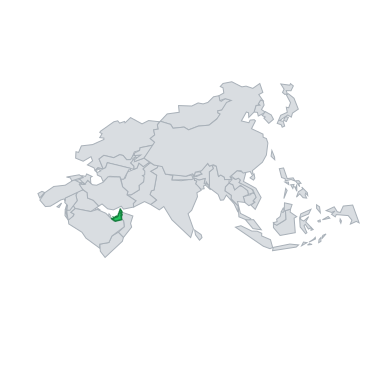 United Arab Emirates on a map of Asia (Robinson projection), rotated 338°
{"feature_id": "ARE", "entity_name": "United Arab Emirates", "entity_type": "country or territory", "adm_level": 0, "iso_a3": "ARE", "parent_name": "Asia", "parent_adm1": "", "projection": "robinson", "projection_center": [54.388, 24.345], "detail": "fine", "context": "in_parent", "style": "filled", "palette": "green", "viewbox_px": 384, "rotation_deg": 338, "n_neighbors": 45, "source": "natural_earth", "source_scale": "50m", "svg_char_len": 14568}
<svg xmlns="http://www.w3.org/2000/svg" viewBox="0 0 384 384"><g transform="rotate(338 192 192)"><path d="M188.2,114.7L185.0,116.8L184.3,121.0L179.7,120.0L178.8,125.1L173.3,126.8L176.0,131.8L174.8,134.2L160.5,131.5L159.0,133.8L153.6,133.2L148.1,139.0L143.5,137.6L141.8,132.3L138.9,130.3L132.3,130.9L124.0,125.0L118.2,126.6L118.3,137.2L113.9,134.3L110.2,135.8L110.2,132.9L105.2,127.7L111.5,125.9L111.6,121.4L102.6,122.7L96.8,117.0L99.5,111.2L101.7,112.8L106.7,107.8L117.6,110.8L130.0,110.3L130.5,109.0L126.8,107.0L130.5,104.2L128.8,102.3L129.8,101.4L145.9,97.6L149.8,98.2L150.7,101.0L155.8,101.3L155.8,102.8L162.9,100.0L171.2,110.1L178.5,109.5L188.2,114.7Z" fill="#d9dde1" stroke="#a8b0b8" stroke-width="1"/><path d="M118.3,137.2L118.2,126.6L124.0,125.0L132.3,130.9L138.9,130.3L141.8,132.3L143.5,137.6L147.2,139.0L153.2,134.4L152.1,136.6L158.4,138.5L155.6,140.5L152.8,140.3L152.8,138.2L149.7,138.8L148.1,142.3L146.1,142.1L147.9,146.3L146.7,149.2L124.5,133.1L121.0,137.1L118.3,137.2Z" fill="#d9dde1" stroke="#a8b0b8" stroke-width="1"/><path d="M336.1,264.3L335.4,283.2L333.3,280.8L326.8,281.1L329.7,278.0L328.0,272.4L317.3,267.0L315.5,268.7L313.0,264.9L317.4,263.2L313.7,263.2L309.4,259.5L318.3,259.0L319.3,264.8L321.9,266.5L327.0,261.7L336.1,264.3ZM294.5,282.5L293.0,286.1L290.5,286.4L292.0,283.7L294.5,282.5ZM318.3,276.7L318.2,274.5L319.3,272.5L319.7,274.8L318.3,276.7ZM276.9,244.8L275.5,247.4L279.9,254.1L276.9,254.5L272.5,268.4L257.4,265.3L254.2,255.5L256.0,250.9L258.2,254.5L266.6,253.2L268.7,252.6L271.7,244.3L276.9,244.8ZM302.5,266.6L309.1,265.7L310.0,267.9L302.5,266.6ZM299.9,267.7L298.1,267.2L297.7,266.0L300.3,265.8L299.9,267.7ZM302.7,250.5L304.7,253.5L303.2,259.4L301.4,253.8L302.7,250.5ZM284.7,253.0L295.8,252.6L291.9,256.1L283.0,256.1L282.6,258.3L284.8,260.8L291.0,258.5L286.3,262.3L290.3,272.2L288.0,272.1L289.2,269.7L286.1,270.0L284.9,264.4L283.2,265.2L283.3,272.8L281.7,273.2L279.2,264.9L282.1,256.3L284.7,253.0ZM283.7,285.6L279.2,284.4L281.6,283.9L283.7,285.6ZM281.7,282.3L287.0,281.3L289.3,280.2L288.9,281.8L281.7,282.3ZM276.6,280.2L279.6,282.0L273.5,282.9L276.6,280.2ZM246.6,273.8L263.2,276.9L271.0,281.0L268.0,282.1L244.7,276.6L246.6,273.8ZM240.1,258.8L246.9,265.6L246.0,273.7L243.1,273.8L237.8,269.0L219.1,240.9L224.7,241.6L232.9,250.7L237.7,252.7L241.2,256.4L240.1,258.8Z" fill="#d9dde1" stroke="#a8b0b8" stroke-width="1"/><path d="M294.8,284.0L297.1,281.2L300.6,281.1L294.8,284.0Z" fill="#d9dde1" stroke="#a8b0b8" stroke-width="1"/><path d="M69.6,160.4L67.3,164.4L66.7,171.3L65.4,166.3L67.8,160.9L69.6,160.4Z" fill="#d9dde1" stroke="#a8b0b8" stroke-width="1"/><path d="M71.6,157.7L67.8,160.9L71.3,156.5L71.6,157.7Z" fill="#d9dde1" stroke="#a8b0b8" stroke-width="1"/><path d="M68.7,162.9L67.1,165.9L67.9,162.5L68.7,162.9Z" fill="#d9dde1" stroke="#a8b0b8" stroke-width="1"/><path d="M68.7,162.9L76.8,160.1L77.6,163.6L72.1,165.5L74.4,168.4L69.5,172.2L66.7,171.3L68.7,162.9Z" fill="#d9dde1" stroke="#a8b0b8" stroke-width="1"/><path d="M105.7,185.0L105.6,182.9L106.9,181.1L107.7,183.7L105.7,185.0Z" fill="#d9dde1" stroke="#a8b0b8" stroke-width="1"/><path d="M97.2,169.7L99.9,174.0L95.4,172.5L97.2,169.7Z" fill="#d9dde1" stroke="#a8b0b8" stroke-width="1"/><path d="M77.6,163.6L76.8,160.1L82.3,157.0L83.2,151.4L86.9,148.5L91.7,149.1L94.6,153.4L92.9,158.4L97.4,162.7L100.3,170.1L90.8,172.2L77.6,163.6Z" fill="#d9dde1" stroke="#a8b0b8" stroke-width="1"/><path d="M116.7,191.0L119.6,184.6L128.2,192.1L123.3,198.1L122.9,201.9L111.4,208.5L108.6,201.7L116.2,198.8L117.8,193.0L116.7,191.0ZM119.8,180.5L118.8,181.3L119.5,180.3L119.8,180.5Z" fill="#d9dde1" stroke="#a8b0b8" stroke-width="1"/><path d="M237.1,221.5L237.8,215.5L245.6,216.5L246.7,214.5L249.7,217.5L249.5,221.0L245.4,223.2L246.6,225.0L239.6,226.0L237.1,221.5Z" fill="#d9dde1" stroke="#a8b0b8" stroke-width="1"/><path d="M243.5,215.4L237.8,215.5L237.1,221.5L230.6,217.9L228.9,230.0L236.5,238.7L234.1,240.3L226.2,232.6L229.5,222.3L225.6,212.9L227.2,209.9L222.9,203.3L224.9,199.7L229.5,197.6L232.6,200.4L232.4,206.0L237.6,203.7L241.6,206.3L244.2,211.6L243.5,215.4Z" fill="#d9dde1" stroke="#a8b0b8" stroke-width="1"/><path d="M249.0,215.6L243.5,215.4L244.2,211.6L239.5,203.9L232.4,206.0L232.6,200.4L229.5,197.6L233.5,195.4L232.9,192.1L237.1,196.6L240.2,196.6L241.4,199.1L239.2,200.9L248.5,210.7L249.0,215.6Z" fill="#d9dde1" stroke="#a8b0b8" stroke-width="1"/><path d="M229.5,197.6L224.9,199.7L222.9,203.3L227.2,209.9L225.6,212.9L229.5,222.3L227.1,228.0L226.6,218.7L222.7,207.7L218.3,211.2L215.3,210.3L215.3,204.0L209.6,194.5L215.6,179.8L220.5,178.3L220.6,174.9L224.2,177.1L222.4,187.5L225.0,187.0L227.5,190.3L226.9,192.7L231.7,193.5L229.5,197.6Z" fill="#d9dde1" stroke="#a8b0b8" stroke-width="1"/><path d="M241.8,226.4L246.6,225.0L245.4,223.2L249.5,221.0L249.3,212.7L239.2,200.9L241.4,199.1L240.2,196.6L237.1,196.6L234.2,191.7L241.8,189.1L249.1,194.3L243.7,201.5L252.6,212.5L254.0,223.0L244.1,231.8L241.8,226.4Z" fill="#d9dde1" stroke="#a8b0b8" stroke-width="1"/><path d="M292.1,134.1L291.4,138.4L287.3,141.6L290.0,145.6L281.9,146.4L282.5,142.7L279.5,141.1L280.8,139.3L283.8,135.7L287.3,136.7L286.4,135.2L290.0,132.4L292.1,134.1Z" fill="#d9dde1" stroke="#a8b0b8" stroke-width="1"/><path d="M285.7,147.4L290.1,144.9L294.3,150.2L294.8,155.1L288.9,157.1L286.3,150.4L288.0,149.9L285.7,147.4Z" fill="#d9dde1" stroke="#a8b0b8" stroke-width="1"/><path d="M189.1,114.5L198.2,110.3L210.0,113.3L211.9,106.8L224.0,112.2L231.0,111.7L235.3,114.5L240.3,114.9L247.6,111.8L253.1,112.8L252.9,118.9L257.8,117.9L262.6,120.8L250.2,127.2L246.4,126.3L245.6,128.2L247.3,130.2L244.6,132.7L232.8,136.4L222.6,133.3L212.1,133.1L208.9,128.8L198.3,125.8L197.5,121.3L189.1,114.5Z" fill="#d9dde1" stroke="#a8b0b8" stroke-width="1"/><path d="M220.6,174.9L220.5,178.3L215.6,179.8L210.5,192.9L208.9,188.3L207.9,190.2L206.4,188.7L209.2,184.4L203.0,183.6L199.4,180.1L198.7,182.1L200.6,183.6L198.6,185.8L200.2,186.6L201.1,193.9L196.3,194.5L195.3,198.4L184.9,208.8L180.2,210.7L179.5,226.7L173.7,233.7L163.0,210.4L160.4,194.9L155.0,196.3L149.0,188.1L156.1,186.2L152.1,178.7L154.7,175.7L157.6,175.9L165.5,163.3L161.4,157.3L168.9,156.4L171.1,153.9L173.9,157.3L174.1,165.5L180.2,169.3L178.0,173.3L186.2,177.5L198.1,180.2L199.4,175.4L199.9,178.3L202.2,179.4L207.9,179.0L206.8,176.3L217.3,171.4L217.9,174.5L220.6,174.9Z" fill="#d9dde1" stroke="#a8b0b8" stroke-width="1"/><path d="M208.9,188.3L210.0,196.9L207.2,190.8L204.9,190.7L204.5,193.5L201.4,192.9L198.6,185.8L200.6,183.6L198.7,182.1L199.4,180.1L203.0,183.6L209.2,184.4L206.4,188.7L207.9,190.2L208.9,188.3Z" fill="#d9dde1" stroke="#a8b0b8" stroke-width="1"/><path d="M206.8,176.3L207.9,179.0L199.9,178.3L202.5,174.8L206.8,176.3Z" fill="#d9dde1" stroke="#a8b0b8" stroke-width="1"/><path d="M198.0,176.0L198.1,180.2L196.1,180.3L178.0,173.3L181.2,168.6L192.2,175.1L198.0,176.0Z" fill="#d9dde1" stroke="#a8b0b8" stroke-width="1"/><path d="M171.1,153.9L168.9,156.4L161.4,157.3L165.5,163.3L157.6,175.9L154.7,175.7L152.1,178.7L156.1,186.2L149.0,188.1L144.4,183.1L132.3,184.1L133.2,180.7L136.7,179.2L130.6,170.3L134.7,171.8L144.0,170.2L145.3,166.1L151.0,164.3L156.4,151.0L164.2,149.2L167.0,152.8L171.1,153.9Z" fill="#d9dde1" stroke="#a8b0b8" stroke-width="1"/><path d="M139.4,149.3L150.0,149.2L153.6,145.3L156.4,150.3L159.6,148.2L164.2,149.2L155.1,152.3L156.1,154.9L154.6,158.3L152.2,158.2L153.3,160.1L151.0,164.3L145.3,166.1L144.0,170.2L134.7,171.8L130.6,170.3L132.7,167.7L129.6,161.2L131.0,153.5L135.3,154.2L139.4,149.3Z" fill="#d9dde1" stroke="#a8b0b8" stroke-width="1"/><path d="M146.7,149.2L147.9,146.3L146.1,142.1L152.8,138.2L153.8,140.2L150.3,142.3L160.2,142.6L163.8,148.4L156.4,150.3L153.6,145.3L150.0,149.2L146.7,149.2Z" fill="#d9dde1" stroke="#a8b0b8" stroke-width="1"/><path d="M153.2,134.4L159.0,133.8L160.5,131.5L174.8,134.2L160.2,142.6L150.3,142.3L150.4,140.6L158.4,138.5L152.1,136.6L153.2,134.4Z" fill="#d9dde1" stroke="#a8b0b8" stroke-width="1"/><path d="M110.2,135.8L113.9,134.3L117.1,137.3L121.0,137.1L124.5,133.1L143.6,146.8L143.6,148.5L141.7,147.7L133.5,154.6L131.0,153.5L130.8,151.1L121.6,146.6L113.5,149.0L113.4,144.0L110.6,140.8L111.2,138.4L115.4,138.2L113.1,134.9L110.9,137.7L110.2,135.8Z" fill="#d9dde1" stroke="#a8b0b8" stroke-width="1"/><path d="M100.3,170.1L97.4,162.7L92.9,158.4L94.6,153.4L90.4,146.8L90.3,142.6L95.1,144.6L99.7,142.1L102.3,147.9L106.1,150.0L113.3,149.7L119.9,146.4L130.8,151.1L129.6,161.2L132.7,167.7L130.6,170.3L136.7,179.2L133.2,180.7L132.3,184.1L122.1,182.2L121.0,178.6L112.4,179.1L107.5,176.0L104.1,169.4L100.3,170.1Z" fill="#d9dde1" stroke="#a8b0b8" stroke-width="1"/><path d="M69.2,162.0L71.6,157.7L70.1,154.2L72.4,150.1L85.9,148.9L83.2,151.4L82.3,157.0L71.9,163.2L69.2,162.0Z" fill="#d9dde1" stroke="#a8b0b8" stroke-width="1"/><path d="M95.9,144.5L89.3,140.2L89.3,137.8L93.9,138.6L95.9,144.5Z" fill="#d9dde1" stroke="#a8b0b8" stroke-width="1"/><path d="M91.7,149.1L72.4,150.1L70.8,153.0L71.0,150.6L67.5,150.2L55.4,152.1L50.6,150.6L47.9,142.5L55.7,137.4L65.9,135.1L77.0,138.2L87.1,136.4L92.0,141.8L90.3,142.6L91.7,149.1ZM48.6,135.7L53.1,135.2L55.2,137.2L48.6,140.5L48.6,135.7Z" fill="#d9dde1" stroke="#a8b0b8" stroke-width="1"/><path d="M184.5,235.0L184.2,238.0L180.9,239.5L179.2,233.0L180.2,228.3L184.5,235.0Z" fill="#d9dde1" stroke="#a8b0b8" stroke-width="1"/><path d="M253.5,204.0L251.1,200.6L256.3,198.6L255.5,202.6L253.5,204.0ZM160.2,142.6L176.0,131.8L173.3,126.8L178.8,125.1L179.7,120.0L184.3,121.0L185.0,116.8L189.1,114.5L197.5,121.3L198.3,125.8L208.9,128.8L212.1,133.1L222.6,133.3L232.8,136.4L242.2,133.7L247.3,130.2L245.6,128.2L246.4,126.3L250.2,127.2L257.6,121.9L262.7,121.8L257.8,117.9L252.0,117.7L253.1,112.8L258.6,112.1L259.8,107.0L257.7,104.8L261.4,103.0L270.2,104.7L277.6,113.2L281.8,114.1L287.2,118.7L295.5,116.8L295.0,126.2L290.4,126.7L292.1,134.1L290.0,132.4L286.4,135.2L287.3,136.7L283.8,135.7L279.5,141.1L272.6,144.1L274.1,139.7L272.4,138.2L264.4,144.6L270.7,149.1L272.8,147.1L276.8,148.3L277.5,149.8L270.9,155.6L279.5,164.9L278.5,167.9L281.0,170.3L280.7,175.0L274.8,185.6L268.4,190.8L256.0,194.8L255.4,197.8L254.0,198.0L253.7,194.8L246.5,193.6L245.5,190.7L241.8,189.1L232.9,192.1L233.5,195.4L226.9,192.7L227.5,190.3L225.0,187.0L222.4,187.5L224.2,177.1L222.0,174.7L217.9,174.5L217.3,171.4L208.8,175.9L202.5,174.8L199.8,177.7L199.4,175.4L192.2,175.1L174.1,165.5L173.9,157.3L167.0,152.8L160.2,142.6Z" fill="#d9dde1" stroke="#a8b0b8" stroke-width="1"/><path d="M281.6,183.5L281.6,190.7L280.8,193.1L278.7,188.5L281.6,183.5Z" fill="#d9dde1" stroke="#a8b0b8" stroke-width="1"/><path d="M96.0,135.6L99.2,137.6L101.1,135.8L105.2,140.2L103.3,140.4L101.5,145.8L99.7,142.1L95.9,144.5L93.9,141.2L92.6,137.4L96.1,137.9L96.0,135.6ZM95.1,144.6L93.5,144.2L92.0,141.8L94.2,142.4L95.1,144.6Z" fill="#d9dde1" stroke="#a8b0b8" stroke-width="1"/><path d="M81.2,131.1L93.9,133.8L96.5,137.5L84.6,136.5L84.6,133.4L81.2,131.1Z" fill="#d9dde1" stroke="#a8b0b8" stroke-width="1"/><path d="M284.5,221.4L281.9,217.7L285.1,218.9L284.5,221.4ZM289.5,230.6L289.1,225.2L290.2,227.0L291.9,224.2L289.5,230.6ZM295.6,228.5L298.7,235.9L298.0,238.6L296.9,235.6L295.8,237.1L296.0,240.6L292.9,238.9L291.2,234.1L286.9,235.9L290.8,231.6L295.8,230.7L295.6,228.5ZM280.8,226.2L274.7,232.5L280.2,223.8L280.8,226.2ZM285.9,204.0L285.3,215.2L291.1,216.8L291.6,220.4L288.5,217.5L282.6,216.6L283.4,214.7L280.5,212.1L281.7,203.1L285.9,204.0ZM286.8,226.5L286.2,222.3L289.4,223.2L286.8,226.5ZM295.3,221.5L296.3,224.8L294.2,224.0L293.9,227.4L292.1,220.4L295.3,221.5Z" fill="#d9dde1" stroke="#a8b0b8" stroke-width="1"/><path d="M231.3,238.0L238.7,240.7L242.1,253.0L234.8,248.8L231.3,238.0ZM276.9,244.8L271.7,244.3L268.7,252.6L258.2,254.5L256.4,252.9L256.0,250.9L259.8,251.4L260.3,248.9L264.5,247.8L267.5,243.6L270.4,244.2L273.7,236.7L280.1,241.1L276.9,244.8Z" fill="#d9dde1" stroke="#a8b0b8" stroke-width="1"/><path d="M270.6,241.0L270.4,244.2L268.7,245.1L267.5,243.6L270.6,241.0Z" fill="#d9dde1" stroke="#a8b0b8" stroke-width="1"/><path d="M321.7,143.3L321.6,155.0L314.7,156.5L312.1,159.8L309.6,156.5L300.1,158.6L303.1,160.7L302.6,165.6L299.9,165.7L299.9,163.1L296.7,160.3L303.0,154.1L310.2,153.8L311.2,148.7L313.2,150.1L316.8,146.1L315.9,137.5L318.2,137.0L321.7,143.3ZM322.7,129.6L323.9,128.4L325.7,131.6L321.7,135.2L317.3,133.3L317.2,136.4L314.7,136.4L313.2,133.6L315.9,131.2L314.8,125.1L322.7,129.6ZM303.8,159.8L306.9,157.2L309.4,158.8L305.9,162.0L303.8,159.8Z" fill="#d9dde1" stroke="#a8b0b8" stroke-width="1"/><path d="M108.6,201.7L111.4,208.5L109.0,211.6L86.9,220.1L84.8,212.7L86.9,205.8L96.0,207.7L101.3,202.8L108.6,201.7Z" fill="#d9dde1" stroke="#a8b0b8" stroke-width="1"/><path d="M66.8,171.7L73.1,169.8L74.4,168.4L72.1,165.5L77.6,163.6L90.8,172.2L97.6,172.7L104.1,179.4L108.7,190.1L116.7,191.0L117.8,193.0L116.2,198.8L101.3,202.8L96.0,207.7L86.9,205.8L85.3,209.4L76.4,195.1L74.9,188.1L65.8,175.5L66.8,171.7Z" fill="#d9dde1" stroke="#a8b0b8" stroke-width="1"/><path d="M67.0,153.4L62.9,156.6L61.3,155.1L67.0,153.4Z" fill="#d9dde1" stroke="#a8b0b8" stroke-width="1"/><path d="M119.4,182.4L119.5,182.7L119.6,184.3L119.4,184.5L119.1,184.8L118.9,185.1L118.7,184.9L118.6,184.7L118.5,184.4L118.4,184.4L118.3,184.5L118.2,184.6L118.1,185.0L118.1,185.3L118.1,185.6L118.1,185.8L118.1,186.0L118.0,186.5L118.5,186.6L118.6,186.8L118.6,187.0L118.4,187.1L118.1,187.2L117.9,187.2L117.5,187.3L117.3,187.4L117.4,187.5L117.5,187.8L117.4,188.0L117.3,188.3L117.2,188.6L117.0,189.0L116.8,189.6L116.7,190.0L116.6,190.4L116.6,190.6L116.6,191.0L116.4,191.2L116.2,191.2L115.7,191.1L115.3,191.1L114.8,191.0L114.3,190.9L113.8,190.9L113.2,190.8L112.7,190.7L112.1,190.6L111.6,190.5L111.2,190.5L110.8,190.4L110.5,190.4L110.3,190.4L110.0,190.3L109.9,190.2L109.7,189.8L109.5,189.6L109.4,189.4L109.2,189.2L109.0,188.8L108.8,188.6L108.7,188.5L108.6,188.3L108.4,188.1L108.3,187.9L108.1,187.7L107.9,187.3L107.7,187.1L107.6,186.9L107.6,186.5L107.6,186.4L107.8,186.5L108.0,186.5L108.1,187.0L108.3,187.2L108.4,187.3L109.0,187.3L109.3,187.2L109.9,186.9L110.3,186.8L111.2,186.8L112.0,186.9L113.2,187.0L113.4,187.0L114.0,186.7L114.4,186.5L114.6,186.4L114.8,186.2L114.9,185.9L115.0,185.7L115.2,185.4L115.3,185.2L115.5,184.9L116.4,184.2L116.9,183.6L117.2,183.2L117.4,182.9L118.5,182.0L118.7,181.7L118.8,181.3L118.9,181.2L119.0,181.3L119.1,181.6L119.0,181.9L119.0,182.2L119.0,182.3L119.1,182.5L119.3,182.5L119.4,182.4ZM119.3,183.7L119.2,183.5L119.3,183.7ZM113.5,186.7L113.5,186.8L113.2,186.8L112.9,186.8L112.7,186.7L112.9,186.6L113.2,186.5L113.4,186.6L113.5,186.7ZM112.0,186.5L111.8,186.5L111.6,186.4L112.0,186.2L112.3,186.2L112.2,186.3L112.0,186.5ZM114.8,185.9L114.8,186.0L114.7,186.0L114.5,185.9L114.8,185.9ZM110.2,186.4L110.1,186.2L110.3,186.3L110.2,186.4Z" fill="#22c55e" stroke="#15803d" stroke-width="1.5"/></g></svg>